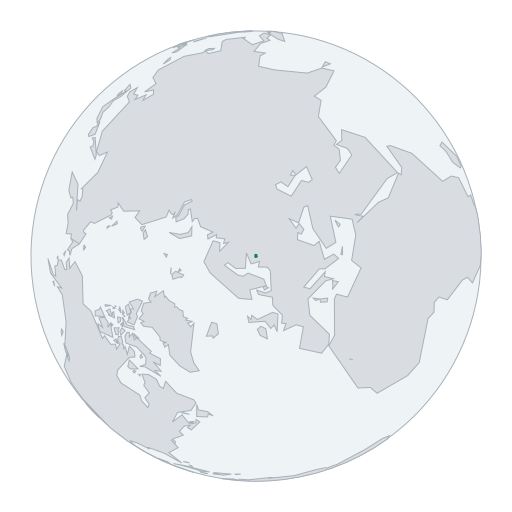 Võru highlighted on a globe, orthographic projection, rotated 262°
{"feature_id": "EST-2351", "entity_name": "Võru", "entity_type": "County", "adm_level": 1, "iso_a3": "EST", "parent_name": "Estonia", "parent_adm1": "", "projection": "orthographic", "projection_center": [26.896, 57.737], "detail": "coarse", "context": "on_globe", "style": "filled", "palette": "green", "viewbox_px": 512, "rotation_deg": 262, "n_neighbors": 0, "source": "natural_earth", "source_scale": "10m", "svg_char_len": 11471}
<svg xmlns="http://www.w3.org/2000/svg" viewBox="0 0 512 512"><g transform="rotate(262 256 256)"><circle cx="256" cy="256" r="225" fill="#eef3f6" stroke="#a8b0b8"/><path d="M106.4,87.6L137.3,65.6L117.5,78.4L126.0,72.0L133.1,67.3L131.6,68.4L145.5,60.9L156.4,55.4L173.5,50.8L184.5,54.7L178.1,56.2L181.5,57.3L189.8,55.6L194.4,54.3L217.2,58.8L244.6,58.8L253.2,55.1L251.3,59.1L267.7,50.2L282.5,49.6L265.7,52.7L264.0,54.9L274.1,55.4L274.4,57.9L279.5,59.7L279.1,62.7L269.3,64.7L268.8,66.8L276.0,67.1L280.0,70.6L269.6,69.8L275.6,76.0L260.4,81.3L232.8,78.1L224.2,85.0L195.6,92.5L198.1,94.9L188.8,99.8L188.2,104.6L183.1,105.0L187.1,108.5L191.9,107.3L195.3,108.5L195.4,111.3L188.9,112.1L187.8,110.9L186.0,112.6L182.6,111.9L184.4,113.8L176.4,114.8L184.4,118.1L178.1,122.4L172.8,122.0L173.3,116.5L162.2,103.0L157.0,101.5L149.1,104.6L134.4,121.6L128.6,122.5L120.9,127.8L124.0,129.6L131.2,126.2L135.2,131.3L143.5,126.9L146.3,128.5L154.9,126.6L153.6,133.0L147.7,140.3L140.5,142.4L137.7,145.8L144.5,149.1L131.2,158.3L122.4,174.2L118.9,176.1L112.1,170.1L112.1,156.6L103.3,150.2L109.0,160.7L100.2,166.0L98.8,169.7L99.2,173.3L102.5,173.9L99.5,177.2L92.8,167.7L95.5,164.5L97.6,167.4L97.5,161.3L92.9,155.6L88.8,159.1L86.2,147.9L83.3,150.4L81.1,149.6L85.9,146.2L77.1,152.2L73.4,142.4L61.4,153.6L73.3,137.9L77.5,130.2L81.7,122.1L79.6,123.7L87.8,111.8L90.7,105.5L85.0,109.7L76.9,119.3L90.9,102.8L106.4,87.6ZM76.6,119.8L68.3,131.6L68.9,131.7L64.5,139.9L61.0,143.3L52.2,160.6L50.1,164.6L57.8,149.0L66.6,134.0L76.6,119.8ZM40.2,191.3L39.6,193.2L39.6,194.6L38.5,202.1L36.0,208.9L37.3,208.5L35.4,217.4L34.7,237.6L34.1,237.6L33.2,263.1L36.1,286.0L36.7,295.6L36.0,296.5L37.9,304.1L38.0,306.3L49.1,336.8L57.8,356.1L59.5,363.1L56.2,359.9L56.8,361.3L49.9,347.0L44.0,332.2L39.1,317.0L35.4,301.6L32.7,285.9L31.2,270.0L30.7,254.1L31.4,238.2L33.2,222.4L36.2,206.7L40.2,191.3ZM58.4,156.1L48.6,180.0L51.0,169.8L51.1,170.9L54.3,164.1L59.0,153.4L62.0,145.3L58.4,156.1ZM61.1,158.9L62.6,155.3L61.6,158.4L61.1,158.9ZM196.4,53.4L189.9,55.4L182.3,56.2L187.6,54.2L196.4,53.4ZM210.8,53.2L207.9,54.6L204.4,52.6L207.2,52.4L210.8,53.2ZM259.3,52.2L254.0,52.4L259.0,51.4L259.3,52.2ZM280.3,59.4L281.7,58.7L283.7,59.9L280.3,59.4ZM155.1,123.3L154.9,124.9L153.4,124.4L155.1,123.3ZM158.8,121.0L157.1,119.3L158.7,118.0L159.7,119.1L158.8,121.0ZM284.9,65.9L287.8,68.4L283.2,66.1L284.9,65.9ZM160.6,123.5L161.6,115.9L164.4,113.7L170.7,116.1L160.6,123.5ZM288.3,70.1L295.4,76.5L299.1,75.2L292.6,82.8L288.8,74.6L282.5,71.9L287.1,71.9L288.3,70.1ZM193.4,105.7L188.3,107.1L192.4,103.4L193.4,105.7ZM195.3,103.0L203.2,90.5L210.9,90.1L206.7,94.2L216.5,91.8L216.3,97.7L210.8,100.3L205.9,99.4L209.6,102.4L195.3,103.0ZM287.9,86.1L288.1,88.1L286.0,86.4L287.9,86.1ZM197.0,108.7L197.9,106.1L204.6,105.4L203.9,110.5L202.0,109.1L197.0,108.7ZM219.1,88.4L224.0,89.0L225.2,93.8L227.2,94.8L216.9,97.8L219.1,88.4ZM200.5,110.7L203.4,113.2L200.4,116.1L196.5,111.2L200.5,110.7ZM206.6,103.2L209.7,103.2L207.8,104.8L206.6,103.2ZM191.2,128.3L192.2,125.0L195.8,124.3L191.2,128.3ZM204.7,114.0L205.8,113.0L207.3,112.4L208.5,114.6L204.7,114.0ZM218.5,101.1L217.9,103.1L222.7,100.1L223.8,103.8L216.7,105.2L220.2,106.2L220.6,107.4L214.4,107.3L218.5,101.1ZM214.3,115.3L205.7,118.7L203.1,124.9L199.9,125.6L204.6,115.5L214.3,115.3ZM214.9,110.5L213.8,113.6L210.3,112.8L208.9,110.2L214.9,110.5ZM227.1,105.9L227.2,99.8L228.8,99.8L227.1,105.9ZM214.3,117.2L216.3,116.4L214.5,117.8L214.3,117.2ZM223.9,109.5L223.7,107.3L225.5,107.3L223.9,109.5ZM220.6,116.6L217.8,117.7L216.8,115.9L220.6,116.6ZM222.7,113.5L225.1,114.0L218.1,114.6L222.3,112.5L222.7,113.5ZM225.6,109.8L226.6,109.1L225.4,110.8L225.6,109.8ZM226.1,123.0L217.5,124.2L215.3,120.2L223.9,119.5L226.1,123.0ZM227.2,479.4L215.4,476.8L199.2,466.6L205.5,462.4L203.4,457.0L186.0,439.4L189.9,431.4L185.2,426.1L175.5,424.4L170.1,417.7L164.2,415.6L127.6,402.7L116.4,389.4L103.2,356.8L109.9,351.0L111.1,338.6L156.9,315.6L166.5,322.8L202.5,327.6L207.0,330.4L202.6,340.9L229.6,358.4L238.3,350.1L262.8,357.7L279.1,356.3L285.1,335.1L258.4,337.0L253.8,326.6L275.3,316.1L298.7,314.2L297.7,310.2L282.9,302.8L288.4,294.0L277.9,299.5L282.1,303.4L275.6,307.1L271.3,303.8L273.4,300.7L266.4,299.3L258.3,314.9L261.7,320.6L243.2,323.3L247.1,333.2L242.1,337.5L233.6,322.4L234.5,317.0L218.6,299.0L216.0,304.9L230.8,322.4L226.2,320.8L222.7,329.5L221.7,321.5L206.2,301.4L189.6,301.2L168.3,317.8L158.6,315.8L150.6,307.5L158.5,286.2L179.3,293.1L182.3,286.2L178.3,272.9L184.9,276.3L185.8,272.0L193.7,273.9L204.9,265.8L212.9,266.5L217.5,253.2L222.2,251.9L218.1,260.1L219.6,266.3L239.5,268.1L243.4,265.5L244.8,256.8L250.1,258.7L248.8,250.1L260.4,246.9L245.3,243.8L246.5,234.2L253.5,227.1L251.2,223.5L239.8,235.2L237.7,240.5L240.2,245.8L232.0,260.5L225.1,262.1L223.4,245.2L213.5,245.9L216.5,232.9L245.6,208.3L257.6,203.6L277.1,215.7L274.2,222.1L265.8,220.7L273.4,230.7L272.9,225.7L277.3,227.4L279.6,219.1L282.8,220.0L279.5,210.8L283.7,210.9L285.7,216.7L292.7,205.2L301.5,203.4L301.5,200.4L299.0,197.7L311.8,197.6L311.3,195.4L306.9,194.6L302.9,189.9L300.9,181.6L305.4,182.0L306.7,185.0L316.4,192.2L319.3,200.5L320.9,199.9L319.5,192.8L307.7,183.9L305.2,178.9L311.3,182.2L308.9,180.6L309.1,178.2L313.5,176.3L307.1,172.4L302.9,147.3L311.0,141.6L316.9,147.1L318.8,131.2L327.8,126.9L323.7,126.0L321.9,118.4L319.0,119.6L316.9,118.6L310.8,100.5L312.9,96.9L305.6,88.9L303.5,88.6L301.6,90.8L292.6,82.8L299.1,75.2L303.5,76.3L304.6,71.1L314.6,74.5L323.3,75.2L333.6,82.5L339.7,82.7L339.4,80.7L347.3,79.8L364.7,85.7L351.9,89.7L326.1,84.5L336.7,87.1L334.7,89.3L338.7,92.0L346.2,93.9L346.9,92.4L360.8,111.0L379.6,123.4L377.3,114.9L381.6,112.6L401.0,121.2L426.2,152.1L432.1,150.8L436.2,154.0L439.3,161.9L433.4,157.4L431.6,161.4L427.8,157.9L430.9,169.7L425.6,165.3L430.5,177.0L434.7,177.6L434.0,168.5L440.6,181.0L447.0,178.7L453.8,185.1L463.7,212.5L464.6,231.0L465.9,234.3L463.1,237.3L464.1,249.6L473.2,252.5L474.6,256.7L474.1,276.3L473.2,273.7L465.8,281.7L467.9,293.8L473.6,290.1L475.7,295.0L472.8,301.1L470.3,297.2L467.6,299.8L465.8,290.2L458.9,282.5L455.7,293.4L453.6,287.9L443.5,285.0L437.7,300.3L430.0,332.2L432.9,347.3L428.5,359.0L413.4,348.6L406.2,336.0L401.1,342.1L385.4,337.2L359.0,351.6L355.0,348.5L350.1,353.2L339.0,352.9L332.8,347.0L326.2,349.9L342.6,364.9L349.7,361.6L355.3,351.1L358.5,357.1L369.2,358.3L358.3,380.5L318.8,407.8L314.6,396.8L282.8,366.0L283.5,361.4L283.4,361.0L283.0,360.1L280.4,367.7L274.8,360.6L292.2,384.9L295.2,395.1L318.2,408.7L316.1,411.0L323.4,412.7L346.4,400.9L346.6,404.6L335.9,424.7L303.9,451.3L308.0,460.4L305.4,467.5L285.1,474.3L286.6,477.1L276.1,479.0L275.2,480.0L266.6,481.0L261.1,481.2L244.1,481.0L227.2,479.4ZM141.2,333.7L140.0,337.4L141.2,333.7ZM323.8,322.3L337.5,318.5L330.7,306.7L335.5,304.4L331.4,301.4L330.2,305.9L320.2,297.2L325.9,291.0L323.9,285.2L319.2,286.3L310.3,299.2L324.5,311.6L321.6,318.3L323.8,322.3ZM34.7,238.2L34.4,242.0L34.2,238.7L34.7,238.2ZM49.7,170.8L48.4,174.9L47.2,178.0L47.9,175.2L49.7,170.8ZM42.9,205.2L42.2,210.5L42.2,206.1L42.9,205.2ZM47.5,183.7L43.4,201.2L43.5,193.4L46.4,182.6L45.3,188.6L47.5,183.7ZM58.4,160.3L57.2,163.2L56.5,163.5L58.4,160.3ZM60.4,161.3L60.6,160.4L61.9,158.3L60.4,161.3ZM100.6,166.5L101.1,167.4L100.8,171.4L99.4,170.1L100.6,166.5ZM108.7,186.3L103.7,191.3L106.3,186.7L103.4,185.7L105.3,175.0L117.3,176.6L111.5,177.6L108.7,186.3ZM111.1,161.6L108.6,167.9L110.9,161.0L111.1,161.6ZM183.1,247.1L185.7,251.1L182.6,255.6L172.4,255.7L176.9,249.0L183.1,247.1ZM190.1,255.9L191.2,239.6L197.5,239.3L193.8,242.2L197.9,243.6L192.9,248.6L197.9,264.6L195.5,269.7L178.1,266.4L185.1,264.5L182.2,260.5L190.1,255.9ZM182.9,201.9L183.5,195.7L196.5,202.8L194.5,207.8L184.2,207.9L180.6,202.1L182.9,201.9ZM171.5,129.6L170.9,127.4L172.7,127.1L174.7,128.7L171.5,129.6ZM191.4,126.8L176.1,139.0L174.6,137.1L167.5,147.1L160.8,145.9L165.6,139.4L155.1,146.1L156.8,139.8L150.1,145.1L161.7,130.7L162.8,125.6L164.1,131.7L170.2,132.9L173.2,131.8L182.5,125.2L187.9,115.1L194.8,115.0L198.3,117.6L198.0,120.0L193.6,119.3L196.5,123.0L189.9,123.8L191.4,126.8ZM234.9,152.9L229.8,150.2L234.5,159.5L227.9,159.7L228.9,160.8L224.1,163.6L219.9,169.0L216.9,168.2L216.6,170.6L213.4,172.7L211.9,175.9L206.1,175.6L203.8,179.6L202.3,177.3L200.0,184.2L199.1,179.0L194.9,181.4L198.0,185.2L170.1,177.9L159.0,179.5L150.3,183.8L150.0,174.7L157.9,165.1L169.8,156.9L180.4,156.9L178.4,153.0L182.9,151.9L182.6,155.5L185.7,149.4L189.3,149.6L199.8,143.3L202.0,135.0L205.9,132.6L206.9,136.0L210.1,131.4L214.6,136.2L217.5,134.7L224.8,138.2L225.0,145.8L228.3,143.6L234.0,146.4L234.9,152.9ZM228.1,124.1L229.8,132.8L227.1,137.3L215.5,129.4L212.2,130.1L204.7,125.6L208.8,119.3L210.6,121.1L213.3,121.4L210.9,123.3L214.8,122.1L217.4,124.6L221.1,124.4L220.7,127.3L228.1,124.1ZM212.2,326.9L215.6,328.0L221.1,328.3L219.0,333.9L212.2,326.9ZM201.3,313.4L204.5,313.3L204.3,321.1L200.7,320.1L201.3,313.4ZM206.4,306.8L204.7,312.7L203.5,309.0L206.4,306.8ZM221.1,259.5L224.5,259.0L224.8,261.1L222.8,263.9L221.1,259.5ZM247.3,181.8L244.8,179.2L245.9,178.0L244.5,170.5L249.3,170.0L252.0,174.3L247.3,181.8ZM280.5,339.2L275.7,343.7L273.2,342.0L275.4,340.8L280.5,339.2ZM245.8,340.3L253.6,343.0L245.2,341.8L245.8,340.3ZM252.2,179.9L251.1,176.8L254.2,178.5L252.2,179.9ZM252.7,169.2L256.3,170.4L249.7,169.0L252.7,169.2ZM343.0,456.0L326.5,468.8L316.2,471.8L314.8,470.6L321.2,464.0L333.4,458.6L339.6,453.5L343.0,456.0ZM475.4,307.2L475.2,308.2L476.1,304.0L476.9,300.4L475.4,307.2ZM475.9,304.7L472.8,312.7L464.5,314.3L467.6,308.0L475.5,298.8L475.1,301.8L477.0,298.0L475.9,304.7ZM479.9,280.6L479.5,284.3L479.1,281.5L479.4,275.8L480.0,271.1L479.6,240.7L480.1,237.1L480.9,247.8L481.1,247.2L481.1,263.9L479.9,280.6ZM433.9,347.8L438.8,351.7L436.0,356.3L433.9,347.8ZM477.2,224.8L478.9,237.6L476.6,223.8L477.2,224.8ZM474.5,214.2L475.5,216.4L474.7,216.9L474.5,214.2ZM468.0,238.1L467.4,243.7L466.3,242.0L466.4,233.8L468.0,238.1ZM459.0,190.8L463.1,196.3L464.4,199.1L462.2,198.2L459.0,190.8ZM291.4,173.3L287.9,184.1L288.6,192.1L293.9,196.6L284.9,195.1L283.9,182.8L291.4,173.3ZM301.0,150.4L296.3,146.8L299.2,145.5L300.7,146.1L301.0,150.4ZM297.5,150.2L290.1,151.3L288.0,147.5L294.3,147.4L297.5,150.2ZM271.2,165.3L269.8,168.5L267.4,167.0L271.2,165.3ZM477.7,216.3L477.6,217.5L478.6,224.4L475.6,207.8L476.4,209.3L477.7,216.3ZM476.0,211.4L477.0,217.8L475.2,209.2L476.0,211.4ZM476.7,217.5L475.6,215.0L475.4,211.6L476.7,217.5ZM475.7,209.0L473.6,203.0L474.5,204.1L475.7,209.0ZM472.8,209.8L474.2,206.6L474.3,215.2L469.2,205.8L468.7,201.0L472.8,209.8ZM438.1,146.5L435.4,145.1L433.6,140.5L436.0,142.7L438.1,146.5ZM425.1,125.0L432.2,138.8L437.4,150.5L438.1,148.7L443.5,155.1L439.8,155.5L432.7,144.2L429.6,136.2L424.6,131.7L419.5,124.3L413.6,121.3L409.9,117.3L414.3,117.6L425.1,125.0ZM411.1,120.4L398.9,113.6L397.6,107.1L400.0,107.1L406.1,112.8L406.4,115.9L411.1,120.4ZM395.6,110.2L395.7,113.2L378.2,111.9L374.2,110.0L386.9,107.0L387.7,109.8L392.2,111.5L395.6,110.2ZM290.5,87.8L288.3,88.1L289.5,86.6L290.5,87.8ZM315.4,119.5L312.7,118.0L314.1,116.1L315.4,119.5ZM306.1,112.9L306.3,115.9L304.2,112.5L306.1,112.9ZM307.2,123.1L305.5,117.1L309.8,123.1L307.2,123.1Z" fill="#d9dde1" stroke="#a8b0b8" stroke-width="1"/><path d="M255.2,256.9L255.0,256.7L255.1,256.4L255.1,256.1L255.1,255.9L254.9,255.7L255.0,255.5L254.9,255.4L254.9,255.2L255.3,255.1L255.6,255.2L256.1,255.2L256.3,255.3L256.3,255.2L256.7,255.3L256.8,255.3L256.7,255.5L256.8,255.6L257.0,255.6L257.4,255.7L257.4,255.8L257.3,256.1L257.0,256.2L257.0,256.5L256.9,256.6L257.0,256.8L256.9,256.9L256.6,256.7L256.4,256.7L256.2,256.5L256.0,256.4L255.8,256.6L255.5,256.7L255.4,256.8L255.2,256.9Z" fill="#22c55e" stroke="#15803d" stroke-width="1.5"/></g></svg>